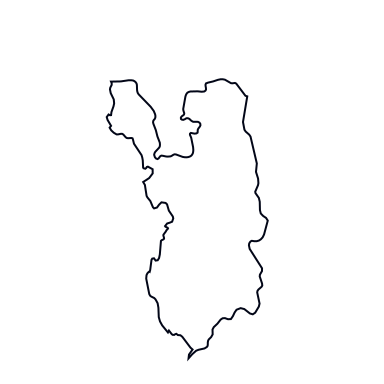 Moselle, Equal Earth projection, rotated 236°
{"feature_id": "FRA-5328", "entity_name": "Moselle", "entity_type": "Metropolitan department", "adm_level": 1, "iso_a3": "FRA", "parent_name": "France", "parent_adm1": "", "projection": "equal_earth", "projection_center": [6.833, 49.011], "detail": "fine", "context": "isolated", "style": "outline", "palette": "ink", "viewbox_px": 384, "rotation_deg": 236, "n_neighbors": 0, "source": "natural_earth", "source_scale": "10m", "svg_char_len": 3850}
<svg xmlns="http://www.w3.org/2000/svg" viewBox="0 0 384 384"><g transform="rotate(236 192 192)"><path d="M122.1,101.6L123.5,101.7L125.2,101.4L128.2,99.7L129.5,99.3L131.3,99.5L145.8,105.6L148.5,107.8L149.5,109.5L149.9,111.1L150.0,112.3L149.6,112.4L150.7,113.7L158.4,120.5L159.0,121.8L158.3,123.4L155.5,123.5L154.6,125.4L155.6,127.7L158.2,130.4L168.8,138.9L169.0,139.8L168.7,141.8L168.9,142.7L169.7,143.2L171.9,143.9L172.6,144.5L173.9,148.2L174.4,149.1L174.6,149.5L174.9,151.1L175.3,151.8L176.0,151.8L178.1,150.6L178.8,150.6L179.8,153.8L179.0,156.4L178.5,158.9L180.6,161.7L182.4,162.4L189.5,162.4L195.7,164.4L197.7,164.0L200.5,160.9L199.9,157.6L198.7,154.3L199.6,151.4L201.2,151.1L207.8,152.4L212.5,152.0L214.2,152.2L224.2,156.9L227.6,157.1L227.5,164.3L229.4,169.8L232.9,172.1L237.7,169.6L238.0,168.5L237.5,167.5L237.4,166.3L238.8,165.1L239.7,165.2L245.8,168.9L248.3,170.0L250.8,170.8L264.5,170.9L268.8,172.5L269.8,172.7L270.7,171.9L272.4,169.0L273.4,168.0L274.8,167.6L278.0,167.2L279.2,166.7L280.0,165.6L281.2,162.7L281.9,161.7L284.6,160.4L285.2,160.2L288.3,159.5L291.4,159.7L292.1,161.9L298.9,162.3L301.8,163.2L302.9,166.2L301.7,166.8L301.3,167.3L301.0,167.9L303.3,169.9L306.9,174.8L309.0,177.0L312.5,178.9L319.4,179.9L323.0,181.4L324.2,182.6L325.7,185.3L327.2,186.3L328.8,186.6L323.5,194.8L320.1,201.9L318.7,204.0L317.4,205.5L316.0,206.3L314.5,206.7L313.0,206.7L311.6,206.2L307.3,203.5L305.8,202.8L304.3,202.4L302.7,202.4L285.7,205.4L280.6,205.6L277.1,204.9L275.5,204.2L274.2,203.2L273.4,202.0L273.1,200.7L272.5,199.5L271.4,198.6L270.0,198.1L263.5,196.6L257.4,194.4L250.9,192.9L249.3,192.0L248.0,191.0L247.2,189.8L245.8,183.9L245.1,182.6L244.0,181.4L241.6,180.7L239.9,180.9L238.6,181.8L238.5,183.0L239.4,185.6L239.3,186.9L238.4,188.0L235.9,190.4L234.9,191.7L233.6,194.0L233.5,194.3L233.4,194.9L233.3,195.9L233.3,196.9L233.2,197.8L233.0,198.6L232.1,199.7L226.3,203.9L224.8,205.5L223.8,206.9L223.1,208.3L222.7,209.6L222.5,210.8L222.6,212.1L223.1,213.4L223.9,214.7L225.1,215.8L226.1,216.6L228.6,218.0L237.5,221.7L240.6,222.3L241.5,223.0L241.6,224.1L239.0,226.7L238.1,228.4L238.1,229.8L239.2,230.7L240.3,231.5L241.0,232.6L241.9,235.2L242.6,236.3L243.9,237.0L245.3,237.0L246.8,236.2L247.7,235.0L249.6,232.2L250.9,231.5L252.1,231.1L254.1,230.7L255.5,229.8L256.3,228.5L256.3,226.9L256.7,225.1L257.6,224.1L258.7,223.7L259.8,224.3L260.3,225.2L260.5,226.4L260.5,227.6L260.7,228.7L261.6,229.6L264.3,230.4L265.7,231.1L274.7,239.8L275.6,240.9L276.3,242.0L276.7,243.1L276.9,243.8L276.8,244.8L276.7,245.5L276.2,246.9L272.3,253.0L269.7,256.1L268.5,258.3L268.5,259.8L269.1,260.9L270.4,261.7L272.0,262.4L273.3,263.1L274.2,264.3L273.7,266.5L271.9,271.2L270.5,276.2L269.4,278.9L268.2,280.6L266.7,282.1L260.4,285.2L259.5,286.3L258.4,288.6L257.1,289.3L241.9,290.1L240.4,291.3L221.5,273.4L214.3,270.3L212.1,270.3L207.5,271.5L205.2,271.5L179.4,261.7L172.9,256.3L166.2,254.3L162.2,252.0L160.7,250.5L156.9,244.6L155.6,244.0L149.7,244.1L146.0,242.7L139.0,238.2L135.7,237.0L132.3,237.6L129.1,238.9L125.9,238.8L116.5,228.0L114.9,225.2L114.3,222.7L114.3,220.4L115.0,218.2L116.3,216.2L117.7,214.7L118.2,214.0L118.2,212.6L117.4,210.7L116.0,209.4L112.6,208.0L89.6,207.4L87.3,205.8L85.5,202.1L84.1,200.9L76.9,198.9L75.1,197.9L74.5,196.6L74.0,192.5L73.4,191.0L72.3,189.9L61.7,185.6L59.6,183.3L56.6,176.9L56.6,174.0L58.9,172.1L65.7,169.9L68.5,167.4L69.5,163.1L68.3,160.0L66.2,156.5L64.9,153.2L66.4,150.7L69.0,148.8L70.2,146.8L70.2,144.4L68.6,139.4L67.8,134.5L66.5,132.1L62.4,129.5L61.0,126.7L60.4,123.5L59.8,122.3L58.6,121.1L56.6,119.7L55.7,118.9L55.2,117.6L55.3,114.9L57.5,109.3L58.1,106.7L57.4,101.5L56.0,96.1L58.9,98.6L61.1,104.4L63.8,103.7L77.4,103.0L79.7,102.3L81.3,100.3L83.2,99.7L83.5,98.6L83.5,97.3L84.4,96.1L85.5,95.7L90.0,95.4L89.0,93.5L98.1,92.7L102.6,93.1L106.9,94.5L107.2,94.7L114.8,99.4L119.0,101.3L122.1,101.6Z" fill="none" stroke="#020617" stroke-width="2"/></g></svg>